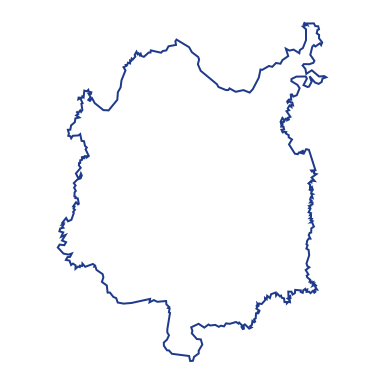 the district of Ban Dung, Udon Thani, Thailand
{"feature_id": "78962969B17101559907344", "entity_name": "Ban Dung", "entity_type": "district", "adm_level": 2, "iso_a3": "THA", "parent_name": "Thailand", "parent_adm1": "Udon Thani", "projection": "albers", "projection_center": [103.231, 17.709], "detail": "fine", "context": "isolated", "style": "outline", "palette": "blue", "viewbox_px": 384, "rotation_deg": 0, "n_neighbors": 0, "source": "geoboundaries", "source_scale": "gbopen_adm2", "svg_char_len": 5865}
<svg xmlns="http://www.w3.org/2000/svg" viewBox="0 0 384 384"><path d="M313.9,23.4L306.6,23.5L307.2,24.7L304.4,23.0L303.8,24.2L305.6,25.4L302.8,26.4L306.0,29.3L306.0,40.2L302.9,48.0L299.8,50.1L299.3,53.2L293.6,49.6L289.4,50.6L285.9,48.7L288.2,56.1L282.4,60.1L280.5,63.7L276.0,63.0L272.3,66.8L268.9,66.0L262.2,69.9L260.5,69.5L258.8,77.7L252.8,89.2L249.7,92.6L243.4,90.1L235.7,91.8L229.5,88.4L228.4,90.0L226.1,90.1L218.5,87.0L216.9,84.2L200.7,70.8L197.9,64.3L199.1,59.4L198.2,57.0L191.9,52.2L189.1,47.2L176.5,39.6L175.4,41.2L176.0,44.9L168.5,46.3L166.3,50.4L162.8,51.0L161.0,52.7L150.8,50.4L150.5,52.5L148.6,52.6L143.9,56.8L141.4,56.0L140.7,53.8L139.7,55.2L138.6,53.3L137.6,54.2L136.5,51.7L134.7,54.9L135.3,56.6L132.8,59.5L131.7,58.6L131.3,60.8L130.1,60.4L130.1,63.4L128.0,62.7L127.2,64.9L125.8,65.0L126.2,66.0L123.5,67.2L125.5,70.4L121.5,80.3L120.6,87.4L117.9,92.2L117.3,99.8L108.6,110.4L103.4,110.1L94.7,103.1L92.2,98.4L89.9,100.9L88.3,99.9L90.6,97.1L88.6,93.8L90.9,93.9L91.3,92.3L88.7,91.6L88.3,89.9L86.9,91.3L84.3,90.6L83.6,97.4L82.3,96.4L81.9,97.8L78.6,97.6L78.3,99.3L80.4,98.4L82.6,103.2L81.4,103.8L82.4,110.0L81.1,111.9L80.2,110.4L78.4,112.8L76.5,111.5L78.2,114.1L76.2,115.4L79.3,117.5L75.4,118.4L74.8,122.2L71.1,125.4L70.3,129.7L67.9,129.8L68.9,133.5L68.3,135.8L70.3,136.2L71.2,138.3L72.8,135.8L78.5,135.4L80.2,134.1L81.6,140.9L84.0,141.2L85.0,145.9L86.8,147.5L85.6,149.4L88.8,156.0L86.7,157.5L86.6,156.2L85.0,156.1L84.1,158.3L83.0,158.2L83.3,156.9L81.9,157.2L82.0,159.8L80.2,160.3L80.2,162.9L79.1,163.0L78.9,165.4L80.7,167.8L75.9,173.5L77.9,177.4L79.7,177.1L80.9,173.5L81.8,175.5L80.6,178.4L77.4,179.5L73.8,183.1L75.6,185.5L74.1,187.7L75.8,190.9L74.6,192.3L74.4,196.4L75.6,196.7L75.4,198.1L77.8,198.4L78.8,203.8L78.0,204.4L76.0,202.3L73.2,206.4L74.5,206.6L73.5,208.7L74.9,209.8L73.1,212.0L73.8,213.0L71.4,219.8L68.0,221.3L66.1,218.0L62.3,222.8L63.7,223.2L62.0,224.8L63.5,224.8L62.2,227.0L63.2,227.8L60.2,228.5L59.4,231.3L63.2,232.4L61.2,236.8L65.5,235.0L62.0,240.5L66.1,242.2L64.3,245.2L59.6,244.6L57.8,247.5L63.5,253.6L68.5,254.6L71.8,253.5L70.1,256.9L67.5,257.1L65.9,259.9L69.5,260.6L71.1,265.0L72.9,263.6L75.6,265.4L75.5,268.8L78.0,266.6L79.8,267.1L79.9,265.7L82.1,266.0L82.4,263.5L85.2,266.8L92.9,264.0L95.0,265.5L94.4,266.6L95.4,266.5L96.5,269.9L102.6,274.1L103.4,277.3L101.9,281.9L106.8,285.5L107.6,292.6L109.9,292.5L113.4,297.0L116.2,298.1L117.7,302.5L123.5,303.6L131.3,303.0L150.1,298.9L149.5,302.3L153.8,300.1L157.4,301.8L166.1,301.0L166.4,304.4L169.1,306.9L168.1,308.0L169.6,308.4L168.9,312.3L170.0,312.9L167.3,329.4L167.3,332.5L169.0,335.3L167.0,339.6L163.8,342.6L163.9,345.8L167.0,350.3L168.9,350.4L171.9,353.8L189.1,356.0L190.2,361.0L192.9,360.8L194.1,356.8L198.7,353.5L198.7,350.7L202.3,344.6L200.8,339.4L196.8,339.0L191.8,333.3L192.4,330.8L191.2,327.3L198.6,323.8L204.3,327.6L208.5,324.5L210.2,325.5L215.3,324.9L218.8,326.8L221.0,325.7L224.0,326.4L226.0,323.4L229.9,323.8L236.0,322.0L238.5,323.6L239.2,322.6L242.4,325.8L241.5,326.9L242.7,329.0L243.9,328.7L243.6,325.2L244.9,324.4L249.2,328.6L251.6,327.4L250.1,326.3L251.9,324.9L252.4,321.0L254.1,322.3L255.1,321.6L254.1,319.3L255.7,318.4L256.0,313.4L258.3,313.3L259.1,311.6L257.9,311.8L259.0,310.4L256.4,308.6L257.5,306.6L256.0,305.3L257.9,305.8L257.5,303.7L258.7,305.0L259.1,303.5L261.7,304.0L265.1,300.2L265.0,298.0L266.7,299.2L267.2,295.8L269.9,298.1L271.1,294.2L275.7,292.5L276.1,295.6L277.4,293.7L279.8,296.3L281.0,295.6L281.8,297.8L284.0,298.3L284.5,302.1L286.9,302.0L286.9,303.3L288.6,301.7L290.0,302.2L289.8,300.2L287.8,298.6L290.5,298.1L290.2,296.0L288.5,296.9L288.3,291.6L291.5,291.7L292.6,294.5L294.9,293.1L295.2,289.9L300.8,290.4L300.7,292.0L302.7,292.8L303.3,290.3L305.3,288.9L305.7,290.2L307.2,289.6L306.7,291.9L309.0,291.7L310.5,293.1L313.0,290.8L314.3,292.7L315.4,291.8L314.4,290.4L315.1,289.4L317.1,289.6L315.2,286.7L316.1,285.6L315.0,284.7L312.7,285.8L314.1,283.4L312.8,283.5L313.3,282.1L311.0,282.7L311.3,281.5L309.6,281.7L310.2,279.8L307.2,277.3L306.7,275.7L308.4,274.5L305.7,270.0L309.3,267.3L307.4,266.2L306.5,263.5L309.2,255.3L308.6,249.9L306.4,248.6L307.6,245.2L306.5,244.4L307.2,240.7L308.6,238.7L310.4,238.6L308.7,235.2L309.7,232.9L311.2,232.5L311.3,228.4L313.9,226.6L312.1,222.3L310.8,222.4L312.5,221.1L310.8,220.4L311.9,218.9L309.8,218.4L311.0,217.4L311.0,215.1L310.0,215.2L311.0,213.1L308.6,212.3L310.4,208.8L309.1,208.2L310.3,206.9L309.1,205.9L312.5,204.4L312.5,202.6L310.2,202.5L312.2,200.2L310.7,200.8L310.1,199.5L310.8,197.2L312.6,198.0L311.6,194.5L312.8,194.1L311.1,193.3L311.9,191.2L310.4,190.2L312.8,189.7L311.9,186.9L310.0,188.5L310.1,184.6L308.5,183.4L310.4,181.7L311.4,182.3L311.5,180.6L314.6,181.0L311.6,177.5L316.5,174.1L314.0,173.3L314.2,170.8L312.0,171.6L311.2,170.5L315.4,170.2L308.9,149.8L306.1,149.2L304.1,152.9L302.9,150.8L301.0,151.8L302.1,153.3L298.9,152.5L297.8,154.2L294.9,153.7L289.0,144.4L292.0,139.5L288.7,137.3L288.7,135.2L285.8,133.4L286.2,132.0L282.8,131.7L283.0,133.2L281.5,129.8L284.1,129.4L283.5,126.7L281.2,126.6L281.6,125.0L282.5,125.8L282.5,122.7L281.7,121.6L280.9,123.0L280.6,121.8L282.4,117.9L284.3,120.1L283.4,122.7L285.7,118.7L287.5,119.2L287.3,120.2L288.9,119.5L288.0,117.7L290.4,116.8L286.5,111.2L289.1,110.2L287.7,108.5L289.5,105.5L291.5,107.0L291.4,104.8L293.0,105.3L292.3,102.5L288.7,101.6L287.7,102.8L287.1,101.6L288.3,100.2L289.2,101.0L289.2,99.6L291.2,99.7L290.8,94.6L292.0,94.4L293.3,96.6L296.8,95.2L299.6,88.2L297.5,84.9L291.4,81.2L291.5,79.0L296.4,76.6L305.8,76.5L306.9,78.6L303.5,85.1L307.6,87.0L309.1,86.5L311.6,81.8L309.6,76.3L315.0,82.5L318.6,83.9L321.6,82.0L322.5,78.6L326.2,77.3L324.3,76.1L319.1,76.5L311.8,70.3L306.3,73.8L305.4,68.9L302.6,65.5L303.8,64.1L309.4,64.2L313.4,62.8L314.4,60.8L310.3,54.8L312.3,46.7L313.9,45.1L315.4,46.5L319.9,43.3L321.1,45.1L322.2,42.4L319.0,38.3L319.1,34.9L316.7,33.3L317.4,30.1L319.0,29.3L318.2,26.3L315.3,26.1L313.9,23.4Z" fill="none" stroke="#1e3a8a" stroke-width="2"/></svg>